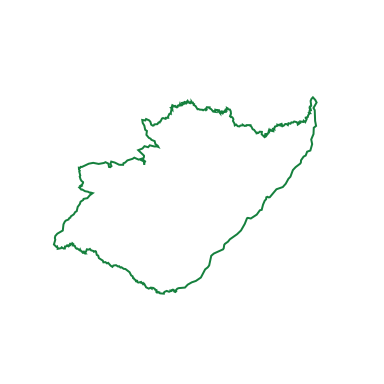 Orocué, Casanare, Colombia, rotated 340°
{"feature_id": "7082276B28249229297744", "entity_name": "Orocué", "entity_type": "district", "adm_level": 2, "iso_a3": "COL", "parent_name": "Colombia", "parent_adm1": "Casanare", "projection": "robinson", "projection_center": [-71.616, 4.911], "detail": "fine", "context": "isolated", "style": "outline", "palette": "green", "viewbox_px": 384, "rotation_deg": 340, "n_neighbors": 0, "source": "geoboundaries", "source_scale": "gbopen_adm2", "svg_char_len": 6045}
<svg xmlns="http://www.w3.org/2000/svg" viewBox="0 0 384 384"><g transform="rotate(340 192 192)"><path d="M165.2,276.9L171.1,275.4L177.9,269.2L181.0,268.2L183.0,266.9L188.3,258.5L191.5,257.3L201.6,256.5L202.5,255.8L204.2,252.7L205.2,252.0L208.8,251.0L211.4,249.4L219.9,247.1L224.9,244.9L230.7,240.0L234.7,235.5L235.6,235.4L238.2,237.0L245.1,235.4L249.5,232.4L251.4,232.6L254.4,228.2L257.3,225.1L259.2,224.1L260.0,222.4L261.2,222.3L262.2,223.3L263.3,223.5L272.3,218.3L279.0,218.4L282.9,216.3L287.1,212.6L289.7,211.3L294.3,205.9L297.8,204.1L303.5,202.3L304.4,201.5L305.3,199.5L309.0,196.9L311.3,196.6L314.0,193.5L317.4,193.5L321.3,188.1L322.0,183.4L326.0,179.1L328.4,173.3L331.2,172.3L332.0,167.3L335.3,157.1L334.9,154.6L339.7,150.5L339.3,147.6L338.0,144.4L336.2,145.3L334.6,147.0L333.5,151.8L332.0,152.0L331.8,154.7L331.3,154.3L331.4,155.5L330.8,155.2L330.0,156.3L330.1,157.1L329.3,157.4L329.7,158.3L329.0,158.1L329.1,158.5L327.3,159.7L326.5,161.1L324.3,161.0L324.2,161.4L325.1,161.7L324.8,162.6L322.3,165.1L321.3,163.2L320.4,164.2L317.9,162.7L317.5,164.0L316.5,164.2L316.1,163.2L315.3,163.8L315.4,164.6L314.5,164.8L314.7,163.9L314.3,162.2L312.1,160.7L310.7,161.3L309.2,160.6L307.9,161.5L306.2,160.4L305.0,161.9L304.2,160.6L302.9,160.0L300.9,161.0L299.5,161.1L299.5,158.6L297.6,158.6L297.6,159.6L295.2,157.9L294.9,159.0L292.3,158.9L291.7,159.9L290.7,160.2L290.7,161.3L289.7,160.6L289.2,162.7L287.3,161.5L287.4,160.5L286.1,160.0L286.0,161.2L285.5,161.4L285.5,160.3L284.8,161.1L284.7,162.4L284.1,162.3L281.6,164.2L281.5,162.8L280.7,162.6L280.4,163.3L281.0,163.7L279.8,163.8L279.9,165.1L279.0,165.3L277.2,161.6L278.2,159.4L276.3,158.5L274.5,159.2L272.9,159.0L273.1,158.3L272.6,158.2L271.6,154.8L270.5,153.8L270.1,150.5L269.5,149.9L269.8,149.2L266.1,147.8L265.7,148.3L264.0,147.9L262.7,146.2L262.5,146.7L260.2,146.1L259.0,146.6L257.5,145.8L256.5,143.7L255.0,144.0L255.3,142.2L254.8,139.2L255.8,137.8L255.6,136.0L254.8,134.8L254.2,134.9L253.6,133.8L255.4,131.8L256.0,129.3L255.8,127.5L254.0,126.5L254.2,125.7L253.6,125.0L253.4,126.0L252.2,125.9L252.1,127.2L251.5,126.8L251.3,127.8L250.4,127.0L249.8,127.2L249.8,127.9L248.3,127.3L248.3,128.3L247.7,128.7L246.4,126.9L246.9,126.3L245.8,126.2L245.4,127.7L244.9,126.2L245.2,124.9L244.1,125.2L244.4,123.9L243.4,123.4L242.1,123.6L242.4,122.9L242.0,122.6L241.4,123.7L240.9,123.6L241.3,124.7L239.4,123.7L238.4,120.8L237.1,119.3L237.5,118.5L234.9,117.4L234.2,118.0L234.0,119.6L233.1,119.9L232.7,118.7L230.4,119.0L229.9,118.3L227.2,117.1L226.6,116.3L225.5,116.1L224.7,112.4L223.4,110.9L224.0,110.1L223.4,109.5L223.4,108.5L222.8,108.5L222.5,107.2L222.3,107.9L221.6,107.2L220.9,108.0L220.4,107.8L219.6,106.9L219.8,106.1L219.1,105.7L219.0,104.8L217.8,105.5L217.6,106.5L216.7,106.9L216.1,106.4L216.8,105.5L215.9,104.9L215.3,105.6L214.8,104.4L214.8,105.0L214.2,105.0L214.2,105.9L213.3,105.3L213.5,106.5L212.1,107.1L211.4,105.9L211.1,106.6L210.6,106.5L210.6,105.6L209.9,106.6L209.0,105.9L208.3,106.0L207.7,107.1L206.9,107.3L206.1,106.1L205.9,106.5L205.5,106.1L205.9,104.8L205.0,105.7L203.2,103.7L202.4,104.7L202.5,105.7L201.1,105.7L201.9,107.3L201.7,108.0L201.4,107.3L200.9,107.4L199.1,110.5L198.9,109.7L198.9,111.2L197.4,110.9L195.1,113.2L195.0,114.1L192.8,113.3L192.2,114.2L190.0,112.6L188.9,112.7L186.6,114.9L185.7,114.9L185.4,115.6L184.2,115.3L182.7,116.4L179.8,115.6L178.7,116.4L177.8,116.2L176.7,114.8L176.9,111.8L176.2,110.0L173.8,107.7L172.6,108.8L169.9,107.3L169.3,110.3L169.9,113.3L169.3,117.5L170.5,119.2L168.7,122.7L170.0,126.4L171.3,127.7L171.7,129.1L174.3,131.4L174.0,134.4L175.6,136.8L175.8,138.2L174.7,137.2L172.3,136.4L168.3,133.7L166.1,134.9L163.0,132.7L160.3,134.2L155.8,134.3L159.3,141.4L158.9,142.6L156.9,144.7L158.4,147.2L157.3,148.2L156.4,150.2L157.2,146.8L154.9,144.4L156.3,143.5L152.9,143.3L149.5,140.0L147.5,140.5L142.1,140.2L139.2,141.5L137.5,141.5L136.6,142.9L132.9,141.5L129.5,137.9L126.5,135.8L125.0,137.7L125.2,140.1L123.7,140.7L122.6,140.1L123.1,136.7L120.9,134.4L119.1,134.6L113.9,133.7L109.1,130.8L104.7,130.1L97.1,130.8L96.0,130.3L95.0,131.1L94.0,130.5L93.5,132.2L93.8,133.7L93.1,134.1L92.6,138.4L91.8,139.0L91.6,142.1L92.0,143.9L93.0,145.4L92.8,146.1L91.1,147.6L89.6,147.9L90.2,148.6L87.6,149.1L88.8,151.9L89.7,152.1L91.8,154.7L94.4,156.2L95.8,157.8L96.5,157.8L98.3,159.1L94.9,160.1L91.6,162.0L87.8,161.4L87.0,162.3L84.0,163.0L82.4,165.0L79.5,166.9L77.1,170.6L75.4,170.9L73.2,172.6L69.7,173.5L68.9,174.5L67.6,174.6L66.6,175.6L63.6,175.7L62.3,176.4L60.2,178.4L57.4,184.0L51.2,185.1L48.5,186.6L47.4,188.3L47.2,190.1L44.3,194.1L45.8,197.2L46.6,197.1L46.4,198.3L47.0,199.0L46.6,199.5L49.7,200.0L50.6,199.4L52.0,201.2L53.2,201.6L54.0,199.8L55.5,200.1L56.3,199.5L57.4,200.9L57.9,200.7L58.0,199.9L59.5,200.4L59.8,199.0L60.8,199.3L61.6,200.2L62.1,199.4L62.7,200.4L61.9,201.6L63.4,202.5L63.5,204.5L64.1,205.8L64.9,205.9L66.4,208.2L67.0,207.8L66.9,208.6L67.4,208.8L67.9,210.4L69.6,210.9L68.9,211.9L69.8,212.2L70.5,213.3L70.9,213.4L70.6,212.8L71.3,211.9L71.9,211.9L73.6,209.9L75.4,210.9L76.6,210.6L77.2,212.3L79.3,213.8L79.4,214.6L80.9,214.5L81.4,215.1L81.0,218.5L82.1,219.7L81.9,222.3L84.7,226.0L84.7,227.8L86.7,228.3L87.7,230.0L89.0,229.9L90.3,233.3L91.6,235.1L93.0,234.2L95.6,234.8L97.1,236.8L98.1,236.8L98.9,238.5L100.0,238.6L101.5,240.8L103.1,241.6L105.9,246.0L106.3,249.5L107.4,251.0L107.2,252.8L107.9,253.3L108.0,254.5L108.9,255.3L108.8,256.6L110.1,256.8L109.9,258.1L110.8,258.8L113.3,259.1L113.2,260.0L113.9,260.2L114.4,261.7L115.0,261.2L115.2,261.9L115.7,261.9L116.3,265.9L118.3,268.0L120.1,267.8L121.0,268.9L121.2,268.1L122.8,268.9L123.9,270.4L124.0,271.3L125.0,272.0L124.3,273.7L124.5,274.3L124.9,274.4L124.9,273.9L125.3,274.5L125.8,274.2L126.3,275.0L126.1,274.5L126.8,275.0L126.5,275.3L127.3,276.3L130.8,277.9L131.2,277.0L132.0,276.5L134.4,276.3L136.3,277.9L137.7,277.8L138.0,277.2L138.9,277.9L139.4,277.3L140.3,277.7L140.6,277.3L141.2,277.6L141.5,279.7L142.2,280.3L142.6,280.1L141.7,279.5L142.3,279.1L142.9,279.5L142.5,279.2L143.4,279.2L143.6,278.6L145.2,277.8L146.7,277.8L152.7,279.4L156.3,277.6L160.9,276.8L165.2,276.9Z" fill="none" stroke="#15803d" stroke-width="2"/></g></svg>